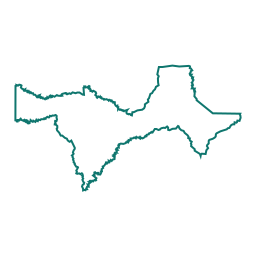 Ou Reang, Môndól Kiri, Cambodia
{"feature_id": "14789045B75407950785126", "entity_name": "Ou Reang", "entity_type": "district", "adm_level": 2, "iso_a3": "KHM", "parent_name": "Cambodia", "parent_adm1": "Môndól Kiri", "projection": "mercator", "projection_center": [107.115, 12.328], "detail": "fine", "context": "isolated", "style": "outline", "palette": "teal", "viewbox_px": 256, "rotation_deg": 0, "n_neighbors": 0, "source": "geoboundaries", "source_scale": "gbopen_adm2", "svg_char_len": 5732}
<svg xmlns="http://www.w3.org/2000/svg" viewBox="0 0 256 256"><path d="M83.1,190.4L84.6,189.9L85.5,190.2L85.9,189.3L87.0,189.2L86.4,188.2L87.1,186.7L88.6,186.7L87.8,184.7L88.7,185.0L88.8,183.7L90.0,182.8L89.1,182.0L89.9,181.9L89.8,180.9L90.6,180.8L91.1,181.9L92.3,180.8L93.1,181.4L94.5,179.9L95.7,180.5L96.1,180.2L95.7,179.5L96.4,178.2L93.2,175.6L94.4,175.0L93.9,174.5L94.7,173.6L94.4,172.5L95.1,172.2L96.5,173.5L97.4,172.9L98.5,172.9L98.2,174.4L100.3,174.5L101.3,172.5L101.0,171.4L101.9,171.2L101.6,169.2L103.2,167.9L102.7,166.5L104.3,165.7L105.1,164.3L105.8,164.0L106.0,162.4L106.9,162.4L106.3,162.9L107.2,163.4L107.9,162.4L109.0,162.4L108.8,161.0L109.7,161.7L110.7,160.0L111.7,160.9L112.6,159.6L114.5,159.1L114.7,156.8L114.2,157.0L113.5,156.4L114.2,156.2L114.6,155.2L113.8,154.9L115.4,154.1L114.6,153.2L115.0,152.7L116.6,152.7L116.3,152.4L116.8,151.3L116.2,150.0L117.6,149.9L116.5,148.5L118.0,147.5L118.8,147.6L118.6,146.6L119.1,145.5L118.4,145.2L118.7,144.5L119.4,144.7L119.7,144.0L120.8,143.6L123.4,143.9L125.7,143.1L126.0,142.3L126.8,142.3L127.3,141.4L128.2,142.3L128.9,141.0L128.8,140.1L129.7,140.3L130.2,139.6L130.7,139.8L130.6,138.5L132.8,138.4L134.1,137.5L135.5,138.2L135.5,137.5L136.1,137.0L136.4,137.8L137.0,137.3L138.3,137.6L139.7,137.1L139.4,138.1L140.0,138.5L140.2,137.6L140.8,138.4L141.6,137.8L142.6,138.4L144.5,137.3L144.9,136.6L146.0,136.4L145.8,135.9L146.6,135.8L146.7,134.8L148.8,134.3L149.0,133.4L150.5,132.9L151.0,132.3L151.6,132.5L151.9,132.0L152.6,132.4L154.8,129.0L156.4,129.0L158.5,130.0L159.9,129.6L160.4,128.8L161.8,128.1L163.9,127.7L165.1,128.0L167.1,126.5L168.1,127.5L168.2,129.9L169.6,130.2L172.5,128.8L175.9,128.6L178.0,126.0L178.6,126.3L179.5,128.5L181.3,130.2L183.6,130.9L184.7,132.9L187.5,135.2L188.5,136.6L188.2,138.0L189.8,138.4L189.5,139.1L190.1,140.7L191.7,141.7L190.9,143.6L191.4,144.6L191.1,146.1L194.7,149.2L194.7,150.7L199.9,153.9L200.6,155.9L200.8,154.8L201.8,153.7L205.6,154.0L206.4,150.2L208.1,148.1L206.9,146.0L207.3,144.9L208.7,143.5L208.7,140.9L209.3,139.9L212.7,138.8L214.7,137.6L215.7,136.5L215.9,134.2L216.6,133.3L220.5,131.3L226.8,129.3L227.7,128.3L229.4,127.9L230.9,125.4L232.6,124.3L234.3,124.3L234.6,122.3L236.3,122.7L236.9,122.3L237.4,120.6L239.5,120.9L240.6,117.8L240.4,115.7L239.8,114.5L240.2,113.7L212.8,113.3L196.6,100.2L196.7,99.1L194.4,96.3L194.8,91.9L194.3,91.8L194.1,90.3L194.8,90.6L194.4,89.5L194.7,88.7L193.9,88.8L193.8,89.3L193.5,88.4L191.8,88.4L192.5,87.0L192.0,86.0L192.6,85.6L192.0,85.1L192.8,84.3L191.7,82.6L192.7,81.7L192.8,80.7L193.4,80.0L192.7,79.4L193.0,78.0L192.2,78.4L191.9,78.1L192.3,76.8L190.7,75.6L191.5,74.6L189.9,74.5L189.7,73.6L190.7,72.3L190.8,71.1L192.2,70.4L190.9,68.5L189.8,68.2L190.0,66.4L188.9,65.9L179.3,66.5L172.4,65.6L162.5,67.0L158.9,67.0L157.3,74.4L158.7,76.2L157.9,78.4L158.1,82.7L158.6,85.3L156.0,86.8L155.0,89.3L153.4,90.8L152.1,93.1L150.4,93.9L149.0,98.2L147.9,99.5L148.4,101.8L144.9,104.3L144.9,106.4L144.1,108.3L142.2,109.7L137.4,110.4L134.0,112.1L132.4,112.2L131.9,115.4L130.8,115.0L130.8,114.3L129.1,113.9L128.6,114.3L126.8,113.6L126.4,112.7L126.7,110.7L127.3,109.9L124.7,110.8L123.7,110.5L123.6,111.1L122.2,110.5L123.3,110.0L121.9,110.2L120.7,109.4L119.7,109.8L118.5,108.7L118.1,109.2L118.1,108.0L117.7,107.6L118.2,107.0L117.5,106.5L117.4,105.7L116.6,106.2L115.8,105.8L114.8,104.0L114.8,102.4L113.4,102.6L113.5,101.9L112.2,101.7L111.7,100.4L110.8,100.3L110.6,100.8L109.7,99.9L108.8,100.6L108.5,99.9L107.6,99.9L106.7,99.2L104.0,99.6L103.9,98.9L101.9,98.6L101.4,97.3L100.9,97.4L100.6,97.0L100.5,97.7L98.6,96.5L97.2,97.8L96.6,97.1L96.6,96.0L95.3,95.0L96.2,93.3L95.6,92.0L93.4,90.8L92.3,91.7L91.7,90.9L90.5,91.0L90.6,89.5L89.2,87.4L89.5,86.3L89.0,86.0L88.2,86.6L88.3,88.1L87.3,87.1L85.6,87.5L84.6,86.8L84.8,86.4L84.2,86.4L84.3,87.5L83.5,87.8L84.0,94.8L82.6,94.6L79.5,92.5L77.4,92.5L75.6,93.2L72.6,92.4L70.8,93.9L69.4,93.3L67.0,94.3L66.4,94.0L66.4,93.2L65.6,93.0L62.2,93.9L61.5,94.6L62.2,95.7L61.0,95.9L57.9,95.7L56.9,95.1L54.5,96.7L52.6,95.9L52.0,97.1L51.1,97.3L50.9,95.6L50.5,95.4L49.5,96.1L48.9,97.5L48.2,98.1L47.2,97.1L46.6,98.8L45.6,98.3L45.0,99.2L44.3,98.6L42.9,98.5L42.7,97.6L42.2,97.7L41.0,96.9L41.3,97.9L40.9,98.1L39.6,97.3L39.1,96.1L39.6,95.1L38.2,95.6L37.9,97.3L37.1,97.3L35.3,94.8L33.6,94.7L33.0,93.2L31.7,93.3L30.8,92.2L30.0,93.0L29.0,91.4L28.3,92.4L27.4,92.2L27.4,90.7L24.9,90.8L25.2,89.3L23.7,90.2L23.3,89.2L22.0,88.7L20.9,87.5L21.5,85.5L20.7,85.0L19.2,84.7L18.4,85.5L16.6,85.0L16.9,85.7L15.5,86.0L15.4,120.1L15.9,120.0L16.5,121.1L17.0,120.6L17.5,121.1L17.7,120.0L18.8,120.0L18.6,120.6L18.9,120.7L20.3,119.0L20.5,119.4L20.9,119.0L21.6,120.0L23.5,120.8L23.5,120.3L24.2,119.9L24.5,120.9L25.2,120.4L25.6,121.4L26.6,120.2L27.6,120.7L27.4,121.5L27.9,121.9L27.0,122.5L28.0,123.4L28.8,123.4L29.4,123.2L28.9,122.1L30.3,121.6L30.6,120.1L32.5,121.8L33.4,121.6L33.5,120.8L35.4,121.9L36.3,119.9L36.9,120.8L37.8,121.2L38.4,119.6L40.3,120.1L41.1,119.2L44.0,119.2L44.3,118.3L45.6,118.8L45.9,117.9L47.3,116.8L48.3,117.4L49.3,117.3L49.9,115.8L51.4,116.2L52.4,115.5L54.1,115.6L55.4,115.0L56.1,115.3L56.7,116.0L56.5,117.6L57.0,119.4L56.5,121.0L55.2,120.9L55.1,121.9L55.6,123.0L55.1,123.4L55.4,123.7L54.9,124.5L56.1,124.8L57.3,126.0L57.3,128.0L56.7,128.7L57.1,130.4L59.2,132.7L60.7,135.6L62.3,135.6L64.8,137.8L66.9,138.7L67.7,140.4L69.1,141.5L69.7,141.8L71.3,140.6L74.8,147.9L74.7,148.9L73.7,150.3L72.9,152.4L73.6,153.8L71.9,155.5L72.7,156.2L72.6,157.4L73.5,158.7L73.0,159.7L73.8,161.2L73.6,162.3L74.8,163.4L74.6,164.2L76.2,166.7L77.7,167.0L78.0,167.5L76.3,170.6L76.9,171.8L76.3,173.4L77.2,173.8L79.2,173.4L80.3,174.1L81.8,173.3L82.5,174.1L82.8,175.4L82.2,175.7L82.9,176.4L82.5,177.4L83.2,178.6L82.4,179.8L83.4,182.0L84.2,182.7L83.7,184.3L82.7,184.7L82.0,186.5L83.1,188.7L83.1,190.4Z" fill="none" stroke="#0f766e" stroke-width="2"/></svg>